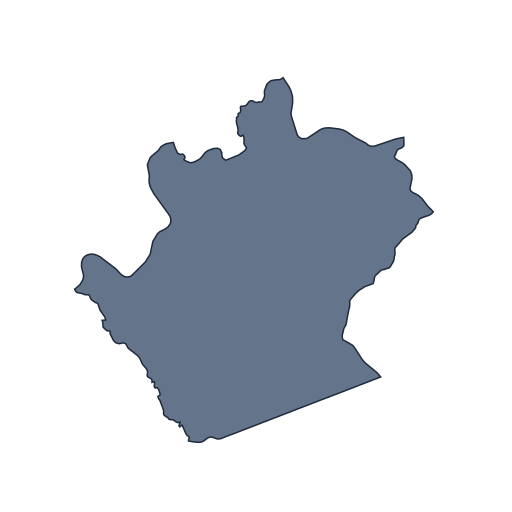 map outline of Uíge (Robinson projection), rotated 160°
{"feature_id": "AGO-1881", "entity_name": "Uíge", "entity_type": "Province", "adm_level": 1, "iso_a3": "AGO", "parent_name": "Angola", "parent_adm1": "", "projection": "robinson", "projection_center": [15.52, -7.131], "detail": "fine", "context": "isolated", "style": "filled", "palette": "slate", "viewbox_px": 512, "rotation_deg": 160, "n_neighbors": 0, "source": "natural_earth", "source_scale": "10m", "svg_char_len": 5092}
<svg xmlns="http://www.w3.org/2000/svg" viewBox="0 0 512 512"><g transform="rotate(160 256 256)"><path d="M351.7,96.4L354.5,97.1L356.4,98.4L358.1,100.0L360.5,101.4L362.3,101.7L364.0,101.4L367.5,100.3L369.7,99.9L371.7,100.0L373.6,100.5L377.8,102.4L378.6,102.9L382.7,105.2L382.3,106.3L380.8,108.2L380.8,109.0L381.9,110.6L382.4,111.9L382.7,113.1L383.1,120.9L383.4,122.3L384.1,122.3L385.1,121.7L386.1,121.5L386.5,122.8L384.2,125.8L386.4,126.1L387.7,127.2L389.6,130.1L390.9,130.9L392.3,131.4L393.5,132.2L394.0,133.9L395.9,136.4L396.9,138.2L396.7,139.9L395.9,141.5L395.6,143.5L395.7,152.7L395.8,153.8L396.2,154.9L396.4,156.1L396.3,157.4L395.6,157.8L394.6,157.9L393.7,158.3L393.2,159.6L393.2,164.4L393.4,164.9L394.0,166.0L394.7,166.5L395.4,166.3L396.0,166.5L396.3,168.1L395.6,169.8L394.6,171.5L394.6,172.7L397.0,172.8L396.3,174.7L396.3,176.1L397.0,177.2L398.2,178.4L399.2,179.8L399.1,181.0L397.7,183.6L397.3,185.8L397.7,187.8L399.3,192.0L399.8,194.2L400.1,198.9L400.6,201.1L401.4,203.1L407.5,212.7L407.9,214.6L408.1,216.4L408.5,218.1L409.8,219.4L411.0,219.9L413.7,220.2L414.9,220.5L417.6,222.6L418.9,225.7L419.7,232.8L419.5,233.3L419.1,234.5L419.1,235.7L420.1,236.2L421.3,236.5L422.0,237.3L422.4,238.3L423.0,239.2L424.0,241.4L423.5,243.4L422.8,245.5L422.6,248.2L419.1,247.2L418.9,250.3L421.1,258.5L420.9,265.1L421.5,266.2L422.6,267.0L423.9,268.6L425.7,271.4L426.0,273.4L426.0,275.3L426.5,276.8L429.4,277.8L433.1,280.8L436.0,282.4L437.2,283.6L437.7,285.5L437.7,286.9L437.4,286.9L431.4,289.2L427.2,292.5L426.0,294.1L424.8,296.4L424.4,298.8L424.0,303.4L423.5,306.1L422.0,309.8L419.8,312.5L417.4,314.0L414.8,314.7L412.3,314.6L409.9,314.1L407.5,312.9L405.1,311.0L402.8,308.6L392.0,291.7L389.5,285.7L388.0,283.1L385.9,281.1L383.6,280.1L381.7,279.8L379.4,280.2L362.3,288.1L354.9,293.8L347.9,305.0L341.0,310.6L338.0,311.8L332.2,312.4L328.8,313.4L325.1,316.0L323.7,319.0L323.2,322.1L323.8,325.1L330.6,349.1L331.6,355.4L331.7,358.3L331.4,361.0L330.8,363.2L328.8,367.8L326.9,378.9L322.2,384.2L320.3,385.4L311.8,388.5L307.9,391.2L304.6,392.0L301.8,392.2L294.8,391.0L295.0,385.6L294.5,379.5L292.4,377.3L290.1,376.9L288.9,374.9L289.0,372.7L290.7,371.5L290.8,371.2L290.4,370.6L288.8,368.7L286.1,366.3L285.6,366.0L283.3,365.6L280.6,365.6L275.6,366.4L273.2,367.6L268.7,370.4L266.2,371.3L263.1,371.6L259.1,371.5L255.4,370.5L253.1,368.2L252.8,365.0L253.7,362.2L253.8,359.4L251.6,356.3L249.7,356.4L237.7,356.8L230.5,358.8L227.9,360.8L228.9,364.7L228.7,366.4L228.4,367.0L227.5,369.2L226.8,372.0L226.8,373.3L227.0,374.0L227.6,374.0L228.6,373.6L229.1,373.5L229.7,374.0L230.3,374.7L231.1,376.2L231.2,377.1L231.2,377.9L230.6,379.0L229.8,380.1L229.2,383.0L228.9,387.2L228.5,388.9L228.1,390.0L227.7,390.6L227.2,392.3L226.9,392.9L226.4,393.1L225.9,393.1L225.4,393.2L225.2,393.3L224.5,394.7L224.3,395.5L224.0,395.9L223.4,396.1L222.4,396.1L221.7,396.4L221.0,397.3L220.6,398.0L220.4,398.7L219.9,400.9L219.6,401.4L219.2,401.8L218.4,401.7L217.1,401.2L216.5,401.0L214.5,400.9L213.5,401.1L212.5,401.6L210.0,403.3L209.2,403.7L208.4,403.7L207.2,403.5L206.5,403.2L205.9,402.8L205.5,402.4L205.2,401.9L204.9,401.4L204.4,401.0L203.5,400.4L202.4,399.9L201.7,399.8L200.9,399.9L200.2,399.7L199.2,399.1L198.7,399.0L198.0,399.0L197.2,399.3L196.3,400.0L194.7,401.5L193.8,402.6L193.1,403.7L191.9,407.6L191.3,408.8L189.8,410.4L188.0,412.6L187.8,413.0L187.0,413.7L186.5,414.0L183.6,415.2L181.8,415.6L180.4,415.4L176.9,414.7L174.2,413.8L172.7,413.6L169.6,414.3L167.1,403.7L166.7,399.1L167.1,393.8L168.1,390.3L169.4,387.0L174.1,378.6L174.9,375.8L175.8,355.4L174.7,352.6L173.1,350.7L167.9,349.0L152.3,352.8L148.7,352.9L146.1,352.3L142.8,351.2L134.2,346.8L131.1,344.6L128.5,342.0L122.1,333.0L114.3,324.7L112.8,322.0L110.5,319.8L106.9,318.7L84.6,318.2L76.6,317.0L78.7,310.5L79.8,308.7L82.2,307.8L82.8,307.7L85.1,307.8L86.4,307.4L87.2,307.0L87.7,306.6L89.5,304.4L90.2,303.4L91.5,303.0L91.9,302.0L91.9,301.5L91.8,300.1L90.6,298.1L86.7,293.8L84.9,290.9L81.8,283.2L81.8,278.9L82.9,275.5L88.2,266.7L88.3,264.0L86.8,261.8L84.7,259.8L82.4,256.9L80.4,253.2L77.5,243.9L74.3,237.0L76.4,235.7L79.3,235.1L80.3,235.0L80.9,235.0L82.0,235.2L87.9,235.2L89.3,234.9L90.2,234.6L91.4,233.3L92.0,232.3L92.5,231.8L93.1,231.2L94.8,230.3L95.3,229.9L96.1,228.4L96.4,228.0L97.9,226.9L101.6,224.9L106.2,223.6L112.3,221.8L122.1,216.3L123.1,215.4L124.3,211.4L124.7,210.3L125.1,209.6L126.1,208.3L126.4,207.8L126.7,207.1L127.4,205.8L128.6,204.0L133.1,200.3L134.1,199.6L134.7,199.4L135.3,199.3L135.9,199.2L137.1,199.5L137.8,199.5L139.1,199.4L139.7,199.4L141.7,199.8L142.4,199.8L143.3,199.8L150.4,196.8L151.0,196.4L151.5,196.0L153.8,192.1L155.4,190.0L164.0,190.0L170.5,188.6L174.9,186.9L181.8,183.0L183.4,181.7L184.0,179.5L185.2,176.7L189.6,169.8L189.9,169.3L194.7,161.0L195.2,160.4L197.8,158.2L198.4,157.6L202.4,151.4L203.1,147.5L201.0,145.4L195.7,139.0L194.4,134.9L191.7,122.8L190.2,118.6L182.2,105.0L180.2,99.7L184.3,99.6L194.4,99.4L204.4,99.2L214.5,99.0L224.6,98.8L234.6,98.6L244.6,98.5L254.7,98.3L264.8,98.1L274.8,97.9L284.9,97.7L294.9,97.5L305.0,97.3L315.0,97.1L325.1,96.9L328.0,96.9L335.1,96.7L345.2,96.6L351.7,96.4Z" fill="#64748b" stroke="#1e293b" stroke-width="1.5"/></g></svg>